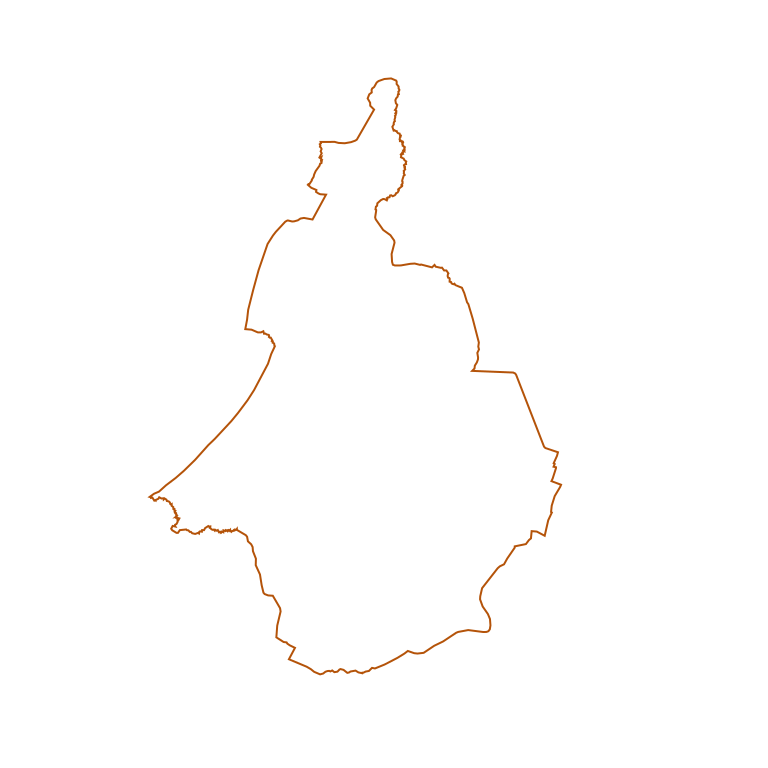 Tha Tako, Nakhon Sawan, Thailand (Natural Earth projection), rotated 195°
{"feature_id": "78962969B77286306001926", "entity_name": "Tha Tako", "entity_type": "district", "adm_level": 2, "iso_a3": "THA", "parent_name": "Thailand", "parent_adm1": "Nakhon Sawan", "projection": "natural_earth1", "projection_center": [100.504, 15.619], "detail": "fine", "context": "isolated", "style": "outline", "palette": "amber", "viewbox_px": 768, "rotation_deg": 195, "n_neighbors": 0, "source": "geoboundaries", "source_scale": "gbopen_adm2", "svg_char_len": 6142}
<svg xmlns="http://www.w3.org/2000/svg" viewBox="0 0 768 768"><g transform="rotate(195 384 384)"><path d="M189.5,279.0L190.1,294.9L188.6,303.3L189.5,303.6L190.5,309.9L190.1,319.9L187.2,330.2L186.9,332.5L197.1,333.5L196.6,336.5L196.1,347.2L196.3,348.1L198.8,348.0L198.4,350.9L199.6,351.3L198.3,359.4L198.3,363.1L211.5,363.9L213.2,364.9L258.7,427.0L260.0,428.1L262.2,428.5L302.2,419.5L300.6,422.4L301.0,425.3L299.9,428.8L299.6,432.1L300.0,434.0L301.9,438.2L301.2,442.0L302.6,444.5L303.1,448.6L315.2,470.0L323.2,483.0L324.9,484.4L330.0,492.6L333.6,497.1L340.6,498.0L341.9,499.1L342.5,498.4L343.9,498.4L344.8,498.7L345.5,499.8L347.1,499.8L347.8,502.7L348.4,503.3L349.6,503.3L350.5,504.8L350.7,506.8L350.4,507.5L353.1,509.8L355.3,509.2L358.1,511.4L359.4,510.9L364.4,510.7L366.0,512.1L367.8,509.1L379.2,509.0L379.9,508.4L385.5,508.3L389.7,506.9L398.4,502.9L404.1,501.3L406.3,501.5L407.8,504.0L410.3,511.5L410.4,523.2L411.3,525.2L416.3,529.4L424.7,532.6L434.6,540.9L435.7,542.7L436.4,549.3L436.7,550.2L437.4,550.4L437.7,553.2L436.8,554.4L437.2,556.8L434.6,560.8L432.7,562.5L431.1,562.7L428.8,562.1L428.6,563.6L429.3,564.4L428.6,565.2L427.0,565.8L426.9,567.7L425.8,568.2L424.2,567.6L422.4,569.1L421.8,570.2L421.9,571.2L420.5,572.4L420.0,573.7L419.8,575.1L420.6,575.3L420.6,575.9L417.7,579.8L417.8,580.5L418.7,580.8L418.0,582.5L418.4,584.2L419.0,584.7L419.1,586.0L418.9,590.3L418.1,591.3L419.4,592.5L419.6,594.2L420.1,594.9L419.1,596.8L420.1,598.0L419.7,598.3L420.0,599.4L421.2,600.0L421.4,600.5L420.7,601.6L419.6,602.1L420.2,603.4L420.1,604.7L422.2,605.5L423.3,606.8L426.3,607.4L426.4,609.2L427.2,610.0L426.7,611.0L426.3,610.7L425.2,611.2L426.1,612.5L425.3,613.2L425.8,614.1L424.8,614.1L425.5,614.9L425.3,615.7L424.8,615.8L425.2,616.4L425.1,617.4L425.5,617.5L425.4,618.3L427.6,619.0L427.5,619.6L428.5,620.5L428.2,621.4L428.6,621.7L428.1,622.4L428.5,623.0L429.5,623.2L430.1,622.8L430.7,623.4L431.5,622.9L431.8,624.0L432.2,624.2L432.5,627.2L432.0,627.2L432.0,628.4L433.0,628.6L433.7,629.9L435.4,629.9L436.9,630.9L437.1,631.5L438.6,631.4L439.5,631.9L440.3,631.3L442.5,634.6L441.7,637.5L442.2,638.4L442.1,639.7L441.5,640.7L442.2,641.8L442.2,644.9L442.8,645.8L442.3,646.8L442.4,647.8L443.0,648.2L442.4,649.0L442.9,649.3L442.6,650.4L442.9,651.2L444.3,651.5L443.6,653.3L443.4,657.0L445.2,658.3L446.5,661.1L446.2,663.1L445.2,665.1L445.5,667.4L444.7,667.8L445.8,670.0L445.2,671.3L445.4,672.4L446.3,673.1L446.9,675.1L449.5,677.1L449.9,679.1L450.7,680.2L456.2,681.0L462.6,678.7L467.7,675.2L469.1,673.3L470.4,668.3L471.9,666.4L472.1,664.8L471.3,662.4L473.2,660.0L473.7,655.6L470.2,652.1L469.3,649.2L464.6,646.5L473.5,613.0L474.8,611.6L478.4,609.1L484.2,606.4L490.3,605.1L494.3,605.1L507.9,601.4L507.2,600.2L508.1,599.0L507.2,597.9L507.3,596.6L506.1,596.0L505.1,594.8L505.4,592.3L503.9,590.8L505.0,586.0L503.9,585.6L503.3,586.4L503.4,585.4L502.2,584.7L502.7,584.2L502.7,583.4L502.4,582.9L501.8,583.1L501.6,581.2L502.7,580.3L502.8,578.1L505.1,572.0L505.7,568.2L505.6,565.9L506.6,562.6L506.4,561.9L507.8,557.8L508.7,557.6L509.1,556.7L505.0,554.7L499.5,553.9L499.4,552.0L496.7,551.1L494.7,550.8L489.0,551.9L495.6,524.4L504.3,523.7L507.5,522.2L509.6,519.8L513.0,517.8L514.8,517.2L519.2,517.1L520.0,516.6L521.4,515.2L527.9,502.9L529.7,498.6L532.7,489.1L534.6,461.4L534.7,440.6L534.4,420.6L532.9,410.6L532.2,401.1L526.0,402.2L519.3,401.2L516.2,402.0L514.2,403.7L512.9,401.5L511.6,402.0L510.2,401.5L508.0,401.6L507.4,400.7L507.4,399.7L506.4,399.2L505.4,399.5L503.4,397.5L503.5,396.5L502.4,396.4L502.3,395.1L500.6,394.7L499.6,392.3L499.2,392.2L500.7,383.8L501.3,373.5L507.9,344.6L511.6,333.0L517.5,318.3L521.9,308.6L533.3,287.1L537.9,279.5L546.8,261.9L554.8,248.4L561.0,239.2L568.3,229.8L573.5,221.8L577.7,218.5L581.1,214.3L579.3,214.3L579.3,213.8L578.3,214.3L575.7,211.9L575.1,212.5L574.4,212.3L574.5,212.9L572.3,214.7L571.8,216.4L569.3,215.8L567.3,216.6L566.9,215.5L566.2,216.6L564.2,216.0L563.5,214.8L561.6,214.9L560.2,214.2L559.3,212.7L558.5,212.4L558.0,213.0L557.5,211.3L555.7,210.6L555.1,208.8L554.1,209.0L553.9,208.0L552.8,207.6L553.3,206.7L552.8,205.7L552.2,205.2L552.0,205.8L551.4,205.5L551.2,204.7L550.5,204.1L550.6,203.3L549.9,203.1L550.8,201.7L550.4,201.9L550.2,201.1L549.6,201.4L549.1,200.6L548.3,201.2L546.9,201.2L547.4,199.1L548.2,199.2L547.7,197.1L548.2,195.1L549.4,193.9L549.3,193.0L548.6,192.3L551.4,192.2L552.1,189.1L550.7,187.9L545.9,186.5L544.5,186.9L543.4,190.0L537.4,192.3L536.5,191.8L535.0,192.0L533.4,190.9L532.2,191.2L530.7,190.2L527.6,190.3L525.0,192.1L524.0,191.7L524.1,193.5L523.5,194.1L521.7,194.2L521.9,195.8L520.0,196.3L519.5,198.5L517.0,201.3L516.0,200.8L515.5,201.2L515.2,200.4L514.8,200.8L514.7,200.0L513.0,199.0L511.8,198.8L510.8,199.3L509.5,198.5L509.3,199.5L507.5,199.0L506.7,199.9L505.1,198.1L504.2,198.9L503.6,198.9L503.4,198.4L503.1,198.9L502.7,198.6L502.5,199.4L500.8,199.2L501.2,201.1L499.3,200.9L499.1,201.8L498.3,201.5L498.0,201.9L497.3,201.5L497.3,202.3L496.8,202.5L496.4,202.1L496.1,202.8L495.2,202.7L494.9,203.2L494.6,202.2L494.1,202.5L493.2,201.7L492.4,202.9L491.1,203.3L491.1,204.0L490.4,203.9L490.1,203.4L490.2,204.9L489.0,204.9L488.6,205.9L488.3,205.0L478.3,202.2L476.7,201.0L474.7,196.8L470.8,194.8L468.7,192.5L467.3,188.6L462.5,182.1L461.0,175.8L454.5,167.9L450.1,158.0L446.4,151.2L444.9,150.2L441.2,149.8L436.6,150.7L426.4,140.6L425.0,137.5L424.6,123.0L422.4,111.4L414.2,108.8L411.2,109.2L410.2,108.2L407.4,107.2L401.7,106.1L404.6,93.5L385.5,90.9L380.8,89.6L377.0,87.9L370.6,87.0L367.8,88.6L366.1,90.9L364.3,92.1L362.7,92.7L361.4,92.5L359.9,93.9L357.4,92.8L354.5,94.1L353.1,96.7L352.2,97.4L349.1,97.4L344.7,95.5L343.1,96.3L342.0,97.6L337.3,99.8L334.1,98.8L330.1,99.0L330.1,99.6L329.2,99.8L327.3,101.5L324.3,102.9L322.1,106.7L319.1,106.9L310.8,113.2L300.3,122.8L294.5,128.9L291.9,132.3L285.2,131.8L281.9,132.3L276.1,134.6L267.8,144.1L260.3,150.6L249.9,162.4L248.2,163.7L239.0,168.1L224.1,170.1L220.9,171.0L219.2,172.2L218.3,174.4L218.7,178.4L220.8,184.4L224.1,188.7L231.1,194.6L235.5,200.9L236.1,203.9L236.4,212.2L226.5,235.5L224.9,237.9L221.4,240.9L219.8,247.3L215.4,259.7L215.7,261.0L205.5,266.1L203.6,270.8L202.1,272.9L203.3,280.1L198.2,281.0L189.5,279.0Z" fill="none" stroke="#b45309" stroke-width="2"/></g></svg>